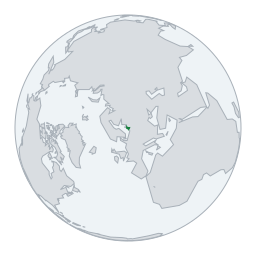 globe centered on Klaipedos, rotated 285°
{"feature_id": "LTU-935", "entity_name": "Klaipedos", "entity_type": "County", "adm_level": 1, "iso_a3": "LTU", "parent_name": "Lithuania", "parent_adm1": "", "projection": "orthographic", "projection_center": [21.636, 55.706], "detail": "fine", "context": "on_globe", "style": "filled", "palette": "green", "viewbox_px": 256, "rotation_deg": 285, "n_neighbors": 0, "source": "natural_earth", "source_scale": "10m", "svg_char_len": 10997}
<svg xmlns="http://www.w3.org/2000/svg" viewBox="0 0 256 256"><g transform="rotate(285 128 128)"><circle cx="128" cy="128" r="113" fill="#eef3f6" stroke="#a8b0b8"/><path d="M23.6,85.6L24.4,83.7L26.7,78.8L30.6,71.4L35.1,64.3L40.1,57.5L45.7,51.1L45.8,51.0L62.0,37.3L51.5,45.3L55.7,41.6L59.6,38.5L59.0,39.1L66.0,34.6L71.3,31.4L80.0,28.1L86.4,29.1L83.2,30.1L85.1,30.4L89.2,29.2L91.4,28.4L103.5,29.3L117.3,28.1L121.3,26.1L120.7,28.0L128.1,23.3L135.3,22.6L127.3,24.5L126.7,25.6L131.7,25.5L132.1,26.6L134.7,27.3L134.8,28.7L130.1,30.0L130.0,31.0L133.6,30.9L135.9,32.4L130.6,32.4L134.1,35.1L126.9,38.1L112.9,37.7L109.1,41.3L95.1,46.2L96.5,47.2L92.1,50.0L92.1,52.3L89.5,52.7L91.8,54.2L94.2,53.4L95.9,53.8L96.2,55.2L92.9,55.9L92.3,55.3L91.5,56.2L89.7,56.1L90.7,56.9L86.7,57.8L91.0,59.0L88.0,61.4L85.3,61.4L85.2,58.7L78.7,52.8L75.9,52.3L72.1,54.2L65.5,63.1L62.6,63.9L58.9,66.9L60.6,67.6L64.2,65.5L66.5,67.8L70.6,65.2L72.1,65.8L76.4,64.5L76.1,67.6L73.5,71.5L69.9,72.9L68.7,74.7L72.4,75.9L66.0,81.1L62.3,89.3L60.6,90.4L56.7,87.8L56.0,81.3L51.0,78.7L54.6,83.4L50.3,86.5L49.7,88.4L50.1,90.2L51.9,90.2L50.5,92.0L46.5,87.8L47.7,86.1L48.9,87.4L48.6,84.4L45.8,81.9L43.8,83.9L41.8,78.7L40.3,80.1L39.1,79.8L41.5,77.9L37.1,81.4L34.4,77.1L28.3,83.4L33.9,75.0L35.6,71.0L37.2,67.0L36.2,67.9L39.7,61.8L40.5,58.7L37.4,61.4L33.5,66.8L29.9,73.0L30.4,72.8L28.8,77.0L26.6,79.2L23.1,88.0L21.5,91.5L20.3,94.9L23.6,85.6ZM19.9,96.5L19.1,99.6L17.9,104.9L18.2,105.4L18.2,109.0L17.0,112.7L17.9,112.1L17.3,116.6L18.0,126.5L17.7,126.6L18.1,139.4L20.6,150.6L21.2,155.4L20.7,156.0L22.0,159.7L22.0,160.9L29.0,175.4L34.1,184.7L34.9,188.3L32.7,187.2L33.8,189.8L29.7,183.0L26.1,175.9L22.9,168.6L20.3,161.1L18.3,153.4L16.7,145.6L15.8,137.7L15.4,129.7L15.5,121.8L16.3,113.9L17.5,106.0L18.2,103.1L18.8,100.3L18.9,100.1L19.9,96.5ZM26.8,84.9L22.9,97.2L23.5,92.2L23.7,92.6L25.0,89.1L26.9,83.6L27.8,79.6L26.8,84.9ZM28.6,85.9L29.2,84.1L28.9,85.7L28.6,85.9ZM92.4,27.9L89.2,29.1L85.4,29.9L87.9,28.7L92.4,27.9ZM99.8,27.1L98.4,27.8L96.4,27.1L97.8,26.9L99.8,27.1ZM124.1,24.5L121.5,24.8L123.9,24.2L124.1,24.5ZM135.1,27.1L135.7,26.7L136.8,27.3L135.1,27.1ZM76.3,62.9L76.3,63.7L75.5,63.5L76.3,62.9ZM78.1,61.6L77.1,60.8L77.8,60.1L78.4,60.6L78.1,61.6ZM137.9,30.0L139.5,31.1L137.1,30.2L137.9,30.0ZM79.2,62.7L79.2,59.0L80.5,57.8L83.9,58.6L79.2,62.7ZM139.9,31.8L143.8,34.6L145.6,33.9L142.9,37.7L140.4,34.0L137.2,32.9L139.5,32.8L139.9,31.8ZM94.8,52.6L92.3,53.5L94.2,51.5L94.8,52.6ZM95.6,51.2L98.8,44.9L102.7,44.3L100.8,46.5L105.6,44.9L105.9,47.7L103.3,49.2L100.8,49.0L102.8,50.3L95.6,51.2ZM140.8,39.5L141.1,40.4L139.9,39.7L140.8,39.5ZM96.8,53.9L97.1,52.6L100.5,52.0L100.5,54.4L99.4,53.8L96.8,53.9ZM106.7,43.2L109.2,43.2L110.1,45.5L111.2,45.9L106.2,47.8L106.7,43.2ZM98.7,54.6L100.4,55.7L99.0,57.3L96.7,55.1L98.7,54.6ZM101.3,50.8L102.9,50.6L102.0,51.5L101.3,50.8ZM95.1,63.6L95.4,61.9L97.1,61.4L95.1,63.6ZM101.1,56.1L101.5,55.5L102.2,55.2L103.0,56.2L101.1,56.1ZM107.2,49.3L107.1,50.3L109.3,48.6L110.1,50.4L106.6,51.3L108.4,51.7L108.6,52.2L105.5,52.4L107.2,49.3ZM106.0,56.3L101.8,58.3L100.9,61.4L99.3,61.9L101.1,56.8L106.0,56.3ZM106.0,54.0L105.6,55.5L103.8,55.3L103.0,54.1L106.0,54.0ZM111.8,51.2L111.5,48.3L112.3,48.2L111.8,51.2ZM106.1,57.2L107.1,56.7L106.2,57.5L106.1,57.2ZM110.5,53.1L110.2,52.0L111.1,52.0L110.5,53.1ZM109.2,56.7L107.9,57.3L107.3,56.5L109.2,56.7ZM110.1,55.1L111.3,55.2L107.8,55.8L109.8,54.6L110.1,55.1ZM111.3,53.2L111.8,52.8L111.3,53.6L111.3,53.2ZM112.4,59.5L108.1,60.5L106.7,58.6L111.1,57.9L112.4,59.5ZM66.5,197.6L59.1,181.5L62.4,178.2L62.8,171.8L85.7,157.9L90.8,161.0L109.2,161.8L111.5,163.1L109.7,168.6L123.7,176.3L127.8,171.8L140.2,174.7L148.3,173.4L150.7,162.4L137.5,164.4L134.9,159.3L145.2,153.2L156.7,151.4L156.1,149.4L148.6,146.2L151.0,141.6L145.9,144.7L148.2,146.6L145.1,148.6L142.9,147.1L143.8,145.5L140.3,145.1L136.7,153.2L138.6,155.9L129.5,158.0L131.7,162.8L129.4,165.2L124.7,158.0L124.9,155.2L116.4,146.8L115.3,149.8L123.3,158.1L120.9,157.4L119.4,161.9L118.7,158.0L110.2,148.5L101.8,149.1L91.6,158.4L86.6,157.9L82.2,154.0L85.6,143.0L96.3,145.5L97.6,141.9L95.1,135.4L98.6,136.9L98.9,134.6L103.0,135.2L108.3,130.7L112.4,130.7L114.1,123.9L116.5,123.1L114.7,127.3L115.7,130.4L125.7,130.5L127.6,129.0L127.9,124.6L130.7,125.4L129.7,121.1L135.3,119.1L127.7,118.2L127.9,113.3L131.1,109.5L129.8,107.8L124.6,114.1L123.7,116.8L125.2,119.3L121.7,127.0L118.3,128.1L116.8,119.7L111.8,120.5L112.8,113.9L126.3,100.5L132.1,97.7L142.4,103.0L141.2,106.3L136.9,105.9L141.2,110.6L140.7,108.1L142.9,108.8L143.7,104.6L145.3,104.9L143.3,100.5L145.4,100.4L146.7,103.2L149.6,97.2L153.8,96.1L153.7,94.6L152.4,93.4L158.7,92.9L158.3,91.8L156.1,91.5L153.9,89.4L152.5,85.4L154.8,85.4L155.6,86.8L160.7,90.1L162.5,94.1L163.3,93.7L162.2,90.2L156.0,86.3L154.6,83.9L157.7,85.3L156.4,84.6L156.4,83.4L158.5,82.4L155.1,80.6L151.8,68.5L155.5,65.5L158.7,67.9L158.7,60.2L162.9,57.8L160.9,57.5L159.5,53.8L158.2,54.5L157.1,54.1L153.0,45.6L153.8,43.8L149.7,40.2L148.7,40.1L147.9,41.2L142.9,37.7L145.6,33.9L147.8,34.3L148.0,31.8L153.1,33.1L157.4,33.2L162.9,36.3L165.8,36.3L165.5,35.4L169.3,34.8L178.0,37.2L172.2,39.3L159.4,37.5L164.7,38.5L163.9,39.5L166.0,40.7L169.8,41.5L170.0,40.7L177.9,49.2L187.7,54.8L186.0,50.7L187.9,49.6L197.6,53.3L211.3,67.8L213.9,67.2L215.9,68.7L217.8,72.5L214.9,70.4L214.3,72.3L212.4,70.6L214.5,76.3L211.8,74.2L214.7,79.8L216.7,80.1L215.9,75.7L219.6,81.7L222.3,80.5L225.7,83.7L231.6,97.1L232.9,106.1L233.6,107.8L232.5,109.2L233.5,115.3L237.5,116.9L238.2,119.0L238.7,128.9L238.2,127.5L235.4,131.4L236.6,137.6L238.8,135.9L239.7,138.6L238.7,141.5L237.7,139.4L236.6,140.6L235.6,135.7L232.3,131.8L231.3,137.3L230.1,134.5L225.5,133.1L223.2,140.9L220.6,157.1L222.2,164.8L220.4,170.9L213.2,165.7L209.5,159.4L207.2,162.6L199.6,160.5L187.3,168.5L185.3,167.0L183.0,169.5L177.6,169.7L174.4,166.9L171.3,168.5L179.7,175.7L183.0,173.8L185.5,168.3L187.2,171.3L192.4,171.6L187.6,183.2L168.9,198.4L166.7,192.9L150.4,178.2L150.6,175.8L150.5,175.6L150.3,175.2L149.2,179.1L146.3,175.7L155.4,187.5L157.1,192.6L168.6,198.8L167.7,200.1L171.2,200.8L182.2,194.0L182.4,196.0L177.4,206.7L161.9,221.6L163.7,226.4L162.3,230.4L152.1,234.8L152.6,236.4L147.3,237.9L146.6,238.6L142.1,239.6L134.8,240.4L122.7,240.5L122.3,240.4L116.8,239.2L109.3,234.0L112.7,231.4L111.7,228.5L103.0,219.9L104.9,215.5L102.5,213.0L97.5,212.6L94.7,209.4L91.6,208.6L72.5,203.9L66.5,197.6ZM78.2,167.8L77.7,169.7L78.2,167.8ZM169.3,154.7L175.9,152.3L172.2,146.6L174.5,145.3L172.4,143.9L171.9,146.2L166.7,142.1L169.3,138.8L168.1,136.0L165.9,136.7L161.9,143.5L169.4,149.2L168.1,152.7L169.3,154.7ZM18.1,126.8L18.0,128.7L17.8,127.1L18.1,126.8ZM22.7,92.8L22.3,94.9L21.8,96.4L22.0,95.1L22.7,92.8ZM21.2,109.8L21.1,112.4L20.9,110.3L21.2,109.8ZM22.5,99.0L21.3,107.8L20.8,104.1L21.7,98.7L21.5,101.6L22.5,99.0ZM27.1,86.8L26.7,88.3L26.3,88.5L27.1,86.8ZM28.4,87.1L28.5,86.7L29.0,85.6L28.4,87.1ZM50.5,86.8L50.8,87.2L50.9,89.1L50.1,88.6L50.5,86.8ZM55.8,96.0L53.4,98.7L54.6,96.3L53.0,95.9L53.4,90.6L59.7,90.7L56.8,91.6L55.8,96.0ZM55.7,83.8L54.7,87.0L55.6,83.5L55.7,83.8ZM96.6,122.4L98.0,124.3L96.6,126.6L91.5,127.1L93.5,123.6L96.6,122.4ZM100.4,126.4L100.4,118.3L103.6,117.8L101.8,119.4L103.9,120.0L101.6,122.7L104.7,130.4L103.7,133.1L94.8,132.2L98.3,130.9L96.6,129.1L100.4,126.4ZM94.6,100.0L94.6,96.9L101.5,99.8L100.7,102.4L95.5,102.9L93.4,100.2L94.6,100.0ZM85.1,65.1L84.7,64.1L85.6,63.9L86.7,64.5L85.1,65.1ZM95.1,62.9L88.0,69.5L87.1,68.6L84.0,73.8L80.5,73.5L82.7,70.1L77.7,73.9L78.2,70.8L75.0,73.7L80.1,66.1L80.4,63.6L81.4,66.5L84.6,66.8L86.1,66.1L90.4,62.5L92.6,57.4L96.1,57.0L98.0,58.1L98.0,59.3L95.7,59.1L97.4,60.8L94.1,61.5L95.1,62.9ZM118.4,73.7L115.7,72.6L118.5,77.0L115.2,77.3L115.8,77.8L113.5,79.4L111.7,82.2L110.1,81.9L110.1,83.1L108.6,84.3L108.0,85.9L105.0,86.0L104.1,88.1L103.2,87.0L102.4,90.5L101.7,88.0L99.7,89.3L101.4,91.1L86.9,88.7L81.4,90.0L77.1,92.6L76.5,88.1L80.1,83.0L85.7,78.5L91.1,78.0L89.9,76.2L92.1,75.5L92.2,77.2L93.4,74.1L95.2,74.0L100.2,70.5L100.9,66.3L102.7,65.0L103.4,66.6L104.8,64.3L107.3,66.4L108.7,65.6L112.5,67.0L113.1,70.7L114.6,69.5L117.6,70.6L118.4,73.7ZM113.4,60.0L114.8,64.1L113.6,66.4L107.4,63.1L105.8,63.5L101.7,61.7L103.4,58.4L104.4,59.3L105.8,59.3L104.7,60.3L106.6,59.5L108.1,60.7L109.9,60.4L109.9,61.8L113.4,60.0ZM114.0,161.1L115.8,161.5L118.6,161.4L117.7,164.3L114.0,161.1ZM108.2,154.8L109.8,154.6L109.9,158.5L108.0,158.1L108.2,154.8ZM110.5,151.2L109.8,154.2L109.1,152.4L110.5,151.2ZM116.2,126.9L117.9,126.5L118.1,127.5L117.2,129.0L116.2,126.9ZM126.0,87.4L124.6,86.2L125.1,85.6L124.1,82.0L126.4,81.5L128.0,83.5L126.0,87.4ZM148.5,164.7L146.2,167.1L145.0,166.3L146.0,165.6L148.5,164.7ZM131.3,166.5L135.3,167.6L131.0,167.3L131.3,166.5ZM128.4,86.3L127.7,84.8L129.3,85.5L128.4,86.3ZM128.1,81.0L130.0,81.5L126.6,81.0L128.1,81.0ZM180.4,223.3L171.9,230.9L166.9,232.8L166.5,232.0L169.9,228.1L175.9,224.9L179.0,221.9L180.4,223.3ZM239.3,145.1L238.7,147.6L235.6,148.0L236.8,144.9L239.6,140.5L239.5,142.1L240.0,140.3L239.9,141.3L239.3,145.1ZM240.5,132.8L240.5,131.9L240.5,129.0L240.6,126.7L239.3,111.5L239.2,109.9L239.4,111.6L240.5,122.1L240.5,132.8ZM222.6,165.1L224.9,167.1L223.7,169.5L222.6,165.1ZM237.6,103.6L238.9,109.9L237.4,103.0L237.6,103.6ZM236.0,98.3L236.5,99.4L236.3,99.6L236.0,98.3ZM234.7,109.7L234.7,112.4L234.1,111.6L233.8,107.5L234.7,109.7ZM228.3,86.5L230.4,89.2L231.1,90.6L230.1,90.1L228.3,86.5ZM147.5,81.6L146.3,87.0L147.0,90.9L149.8,93.0L145.3,92.6L144.2,86.5L147.5,81.6ZM151.0,70.1L148.5,68.5L149.9,67.7L150.7,68.0L151.0,70.1ZM149.3,70.1L145.7,70.9L144.5,69.1L147.6,68.8L149.3,70.1ZM137.1,78.4L136.6,80.0L135.3,79.4L137.1,78.4ZM237.5,101.8L238.0,103.6L235.8,95.4L235.9,95.5L237.5,101.8ZM236.3,97.1L237.1,100.2L235.9,96.0L236.3,97.1ZM237.0,100.0L236.5,98.7L236.1,97.1L237.0,100.0ZM236.0,96.0L234.9,92.9L235.2,93.5L236.0,96.0ZM235.1,96.0L235.4,94.7L236.0,98.7L233.5,93.9L233.0,91.6L235.1,96.0ZM216.3,65.2L214.9,64.5L213.8,62.3L215.0,63.4L216.3,65.2ZM208.9,55.0L213.1,61.5L216.2,67.0L216.4,66.2L219.2,69.3L217.7,69.4L213.7,64.1L211.7,60.3L209.1,58.2L206.3,54.6L203.4,53.3L201.4,51.4L203.4,51.6L208.9,55.0ZM202.2,52.9L196.1,49.8L195.0,46.7L196.1,46.7L199.3,49.4L199.7,50.8L202.2,52.9ZM194.3,48.2L194.6,49.6L186.3,49.3L184.2,48.5L190.0,46.8L190.6,48.1L192.8,48.9L194.3,48.2ZM142.2,40.2L141.2,40.4L141.6,39.7L142.2,40.2ZM156.4,54.6L155.0,53.9L155.6,53.0L156.4,54.6ZM151.5,51.7L151.8,53.2L150.5,51.6L151.5,51.7ZM152.6,56.6L151.4,53.7L153.9,56.5L152.6,56.6Z" fill="#d9dde1" stroke="#a8b0b8" stroke-width="1"/><path d="M127.4,127.3L127.5,127.3L127.5,127.2L127.8,127.0L127.8,126.9L128.0,126.8L128.4,126.7L128.3,126.8L128.4,127.0L128.2,127.2L128.1,127.3L127.9,127.4L127.9,127.5L128.0,127.6L127.9,127.7L127.9,127.8L128.0,127.8L128.1,128.0L128.3,128.2L128.3,128.3L128.2,128.3L128.3,128.4L128.3,128.5L128.5,128.6L128.4,128.6L128.3,128.8L128.5,128.9L128.5,129.0L128.6,129.3L128.4,129.3L128.4,129.2L128.2,129.2L127.9,129.0L127.7,128.9L127.6,128.7L127.6,128.4L127.5,128.2L127.4,128.0L127.4,127.9L127.3,127.7L127.4,127.3L127.4,127.3ZM127.3,128.8L127.2,128.8L127.3,128.7L127.4,128.4L127.4,128.2L127.4,128.3L127.4,128.5L127.3,128.8L127.3,128.8Z" fill="#22c55e" stroke="#15803d" stroke-width="1.5"/></g></svg>